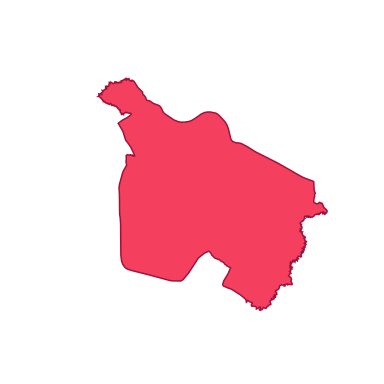 outline of Si Rattana, Si Sa Ket, Thailand, rotated 230°
{"feature_id": "78962969B55540018650075", "entity_name": "Si Rattana", "entity_type": "district", "adm_level": 2, "iso_a3": "THA", "parent_name": "Thailand", "parent_adm1": "Si Sa Ket", "projection": "mercator", "projection_center": [104.475, 14.809], "detail": "fine", "context": "isolated", "style": "filled", "palette": "rose", "viewbox_px": 384, "rotation_deg": 230, "n_neighbors": 0, "source": "geoboundaries", "source_scale": "gbopen_adm2", "svg_char_len": 5915}
<svg xmlns="http://www.w3.org/2000/svg" viewBox="0 0 384 384"><g transform="rotate(230 192 192)"><path d="M325.6,181.5L325.0,182.2L322.9,182.5L322.1,182.9L321.7,182.5L320.9,182.7L319.8,182.4L318.9,183.0L318.2,182.1L317.6,182.8L317.0,182.8L316.6,183.3L315.3,183.3L314.4,184.2L314.1,184.1L313.9,184.6L313.2,184.5L312.9,185.0L312.2,185.0L312.3,185.5L311.9,186.0L312.0,186.5L310.4,186.2L310.6,186.7L309.3,186.8L309.1,187.3L308.8,187.4L309.0,187.8L308.7,188.1L307.0,188.1L306.7,188.8L306.0,189.3L305.6,188.9L304.6,189.3L303.8,189.1L303.6,188.8L301.9,189.4L301.2,188.9L301.0,189.2L301.2,189.7L301.1,189.8L299.2,188.3L298.6,188.5L296.9,187.9L297.0,188.6L296.8,189.2L295.9,188.9L295.2,189.3L296.0,189.9L295.7,192.4L294.9,192.4L294.7,193.5L293.7,193.8L291.2,195.9L290.4,194.9L290.5,193.3L290.7,189.9L291.8,184.8L292.1,179.6L283.0,178.1L274.3,174.5L270.7,174.4L265.8,173.9L259.3,172.3L256.5,171.3L257.1,170.1L258.5,170.2L258.9,169.1L260.0,169.1L260.7,167.4L261.1,167.3L261.3,166.7L262.2,166.4L262.2,164.9L259.9,163.2L257.2,160.6L254.6,159.2L252.4,153.3L251.1,150.9L244.6,141.5L242.5,139.1L237.0,135.0L221.3,122.1L218.5,120.5L213.2,116.6L189.1,96.7L184.4,93.7L181.2,92.5L177.9,92.2L176.3,92.3L174.2,93.1L171.1,95.0L155.9,106.0L138.2,118.3L136.6,119.8L131.0,126.2L130.6,128.6L132.0,136.9L137.3,154.3L137.2,162.1L135.9,166.7L134.8,167.1L132.5,167.1L131.2,166.6L126.8,167.0L122.0,169.6L119.9,169.9L117.9,170.9L115.0,170.8L114.4,171.2L113.2,171.2L109.1,172.8L106.1,166.8L103.5,159.1L101.5,156.2L100.6,155.7L99.7,155.7L96.0,157.5L92.2,159.8L81.8,163.0L75.8,164.1L74.0,163.7L72.6,162.8L72.5,163.2L73.2,164.5L73.2,165.1L71.2,165.4L69.5,166.2L68.7,167.0L68.0,166.8L67.5,165.0L66.3,164.3L66.0,164.4L65.0,165.8L63.1,167.3L62.2,167.1L61.0,166.1L60.4,168.2L60.6,169.2L60.2,170.2L59.2,169.9L58.4,169.2L58.8,168.5L58.6,168.0L57.7,168.0L57.4,168.5L57.3,169.5L56.9,170.3L57.6,172.5L56.1,173.2L55.3,174.0L56.0,176.3L55.6,177.4L56.0,178.5L55.2,180.0L55.4,180.4L58.4,181.5L58.2,182.9L59.2,184.3L57.8,184.4L57.7,185.4L57.4,186.1L57.7,186.5L58.8,186.5L59.4,186.9L59.8,188.3L59.3,188.4L58.1,187.9L57.8,188.3L58.9,189.6L60.0,189.3L59.2,191.1L59.2,191.5L60.2,191.6L60.5,192.1L62.2,191.9L62.7,192.5L62.7,192.9L62.1,193.5L62.3,194.2L62.1,195.0L62.0,196.4L63.9,199.1L63.3,200.9L62.5,201.5L61.9,202.7L60.9,202.1L60.3,202.7L60.8,203.2L60.7,203.9L61.1,204.1L60.8,205.2L60.1,206.0L59.3,205.7L58.9,207.1L56.8,208.9L56.8,209.2L57.8,210.0L60.1,210.4L61.0,212.0L62.5,212.6L63.5,212.8L64.1,212.3L65.9,212.2L66.0,213.2L66.4,213.9L66.0,215.4L67.6,216.1L67.9,215.6L68.5,215.6L68.2,217.1L69.5,217.6L68.8,219.0L69.7,219.1L69.7,220.4L70.2,220.4L70.6,220.1L70.6,219.8L70.2,219.6L70.3,219.0L70.9,219.1L71.2,218.6L71.7,218.6L72.1,219.3L71.8,219.9L72.5,219.9L72.4,220.6L73.0,220.5L74.9,222.1L74.9,222.6L74.5,222.6L74.0,222.3L73.9,221.7L73.2,221.9L73.5,222.9L74.0,222.8L74.4,223.2L73.5,224.6L74.7,224.9L74.8,225.5L74.5,225.7L73.4,225.6L74.0,226.5L73.8,226.9L73.5,226.8L72.9,226.0L72.3,226.0L73.0,226.7L73.2,228.1L71.6,228.5L72.4,229.2L73.3,229.0L73.5,229.8L72.7,229.7L72.4,230.6L73.9,230.3L73.9,231.4L74.5,232.0L73.0,233.4L72.3,233.6L72.2,234.1L72.5,234.6L73.8,234.9L74.3,236.6L75.4,236.5L75.8,238.1L74.4,237.6L74.2,238.2L75.0,239.3L75.5,239.0L76.0,239.2L76.0,239.8L75.3,240.3L75.6,240.8L76.1,240.9L77.6,240.4L76.9,241.2L76.8,241.8L77.7,241.8L78.2,242.1L77.1,243.2L78.2,244.0L78.6,245.8L78.9,245.8L79.3,245.1L80.2,245.0L79.8,245.8L80.8,246.3L80.3,247.0L80.5,247.8L81.0,247.6L81.3,246.7L81.9,247.6L82.5,247.6L83.6,248.1L84.2,247.8L84.8,247.9L84.1,248.8L84.4,249.6L85.6,249.7L86.7,249.0L87.4,249.3L88.0,249.1L90.0,249.9L90.4,250.9L91.4,249.7L92.7,249.5L93.0,249.9L92.3,250.7L94.1,251.1L94.1,251.5L93.2,251.8L93.1,252.2L94.3,253.6L95.1,253.9L95.7,253.5L96.2,253.6L96.6,254.2L96.6,254.9L96.9,255.2L97.3,254.5L98.6,254.6L99.0,256.8L98.5,257.4L98.5,257.9L98.9,258.5L98.4,259.1L99.4,260.6L99.2,261.7L100.7,262.1L100.8,263.1L100.2,263.8L99.0,263.8L99.3,264.8L99.0,265.6L98.4,265.7L98.3,265.0L97.9,264.8L97.5,265.3L97.6,266.4L96.5,266.3L96.3,267.1L95.5,267.8L95.2,269.5L95.5,272.1L94.9,272.7L94.7,273.7L93.8,274.1L93.2,274.9L94.1,275.1L93.2,276.5L93.7,277.3L92.9,278.0L92.7,279.0L91.7,278.5L92.1,279.7L91.6,279.7L91.1,278.9L90.0,279.1L90.9,280.2L90.7,280.4L89.5,280.3L89.9,282.6L90.8,283.4L92.5,283.6L93.4,283.2L95.8,283.2L99.6,284.4L100.1,284.2L100.4,283.6L101.3,283.5L102.2,282.9L102.1,280.7L103.5,279.5L105.0,278.9L106.1,278.8L108.5,281.1L109.8,283.2L110.9,284.1L111.6,284.4L111.7,285.6L114.7,286.6L121.5,291.8L122.2,291.8L130.9,286.9L135.3,285.0L158.0,276.7L182.6,266.2L190.3,263.8L197.1,261.1L198.7,260.0L201.7,257.2L204.4,255.7L205.6,255.5L207.6,255.8L216.6,260.3L220.3,261.7L224.2,262.4L232.5,262.1L235.0,261.7L237.0,261.0L241.6,257.4L243.5,255.0L244.9,252.5L245.8,249.2L246.3,242.5L247.0,237.9L247.8,235.4L248.9,233.5L250.3,231.2L252.7,228.3L254.8,226.6L258.8,224.5L269.2,221.5L271.2,221.2L275.6,222.3L277.7,222.6L279.5,222.3L284.8,219.3L288.9,218.2L291.1,216.4L292.2,216.5L294.0,217.2L296.4,217.5L298.5,217.1L300.2,218.3L307.1,217.8L313.9,218.7L315.7,218.3L315.7,217.9L316.4,217.5L316.5,217.2L316.3,216.9L315.7,217.3L315.7,217.0L317.0,216.0L317.9,216.2L318.7,215.8L319.0,216.4L319.4,216.6L319.9,215.3L320.5,214.7L319.9,214.2L319.9,213.8L320.5,213.7L321.1,214.8L321.5,214.6L321.3,213.8L320.5,213.3L321.8,212.8L321.9,210.5L322.4,210.2L322.7,208.9L322.2,208.6L321.7,208.8L321.5,207.8L322.9,207.0L322.6,206.5L322.9,205.4L323.6,205.6L324.1,204.4L325.2,204.7L326.0,203.6L325.9,203.3L325.2,203.6L324.9,203.3L325.5,202.7L325.3,202.1L325.7,201.3L328.5,200.3L327.7,199.1L327.7,198.6L328.8,198.8L326.6,196.2L327.0,195.5L328.0,194.8L328.4,193.9L327.2,194.0L327.5,192.9L327.4,192.7L327.1,192.7L326.7,193.5L325.8,193.0L326.5,192.1L326.6,189.7L327.0,189.2L326.5,188.7L327.2,188.4L326.3,188.1L325.8,187.3L326.2,186.2L325.8,186.0L326.0,185.3L324.9,185.4L325.5,184.7L325.5,184.0L326.2,184.3L327.1,183.7L325.6,182.8L325.6,181.5Z" fill="#f43f5e" stroke="#9f1239" stroke-width="1.5"/></g></svg>